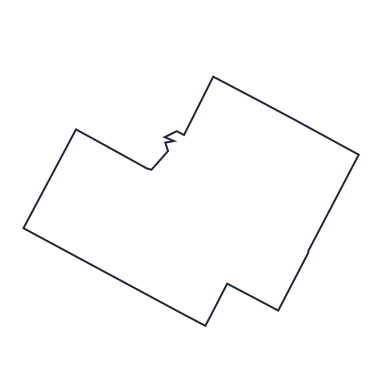 the district of White, Indiana, United States of America, rotated 208°
{"feature_id": "52423323B46958637161995", "entity_name": "White", "entity_type": "district", "adm_level": 2, "iso_a3": "USA", "parent_name": "United States of America", "parent_adm1": "Indiana", "projection": "natural_earth1", "projection_center": [-86.852, 40.737], "detail": "fine", "context": "isolated", "style": "outline", "palette": "slate", "viewbox_px": 384, "rotation_deg": 208, "n_neighbors": 0, "source": "geoboundaries", "source_scale": "gbopen_adm2", "svg_char_len": 457}
<svg xmlns="http://www.w3.org/2000/svg" viewBox="0 0 384 384"><g transform="rotate(208 192 192)"><path d="M323.8,80.9L146.2,80.0L117.4,80.1L117.4,90.3L117.9,127.6L60.2,127.8L60.8,192.3L61.6,195.1L62.3,303.2L110.3,303.7L120.3,303.8L139.5,304.0L177.6,304.0L227.4,303.8L225.8,238.6L234.0,238.5L241.9,227.6L231.9,228.5L238.8,223.0L232.4,217.0L238.2,192.6L243.0,191.6L284.6,192.3L323.8,192.8L323.8,80.9Z" fill="none" stroke="#1e293b" stroke-width="2"/></g></svg>